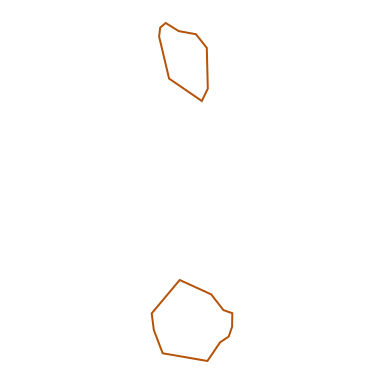 SVG path tracing the border of Antigua and Barbuda
{"feature_id": "ATG", "entity_name": "Antigua and Barbuda", "entity_type": "country or territory", "adm_level": 0, "iso_a3": "ATG", "parent_name": "North America", "parent_adm1": "", "projection": "natural_earth1", "projection_center": [-61.781, 17.356], "detail": "fine", "context": "isolated", "style": "outline", "palette": "amber", "viewbox_px": 384, "rotation_deg": 0, "n_neighbors": 0, "source": "natural_earth", "source_scale": "50m", "svg_char_len": 383}
<svg xmlns="http://www.w3.org/2000/svg" viewBox="0 0 384 384"><path d="M220.2,342.2L207.4,361.0L162.7,353.3L153.8,329.9L151.7,313.4L179.7,280.0L211.2,294.4L223.4,310.1L232.3,313.2L232.1,326.7L228.7,336.6L220.2,342.2ZM207.8,88.6L201.8,101.0L169.1,78.6L159.1,36.5L160.2,27.6L165.7,23.0L178.7,31.1L195.9,34.2L206.8,47.9L207.8,88.6Z" fill="none" stroke="#b45309" stroke-width="2"/></svg>